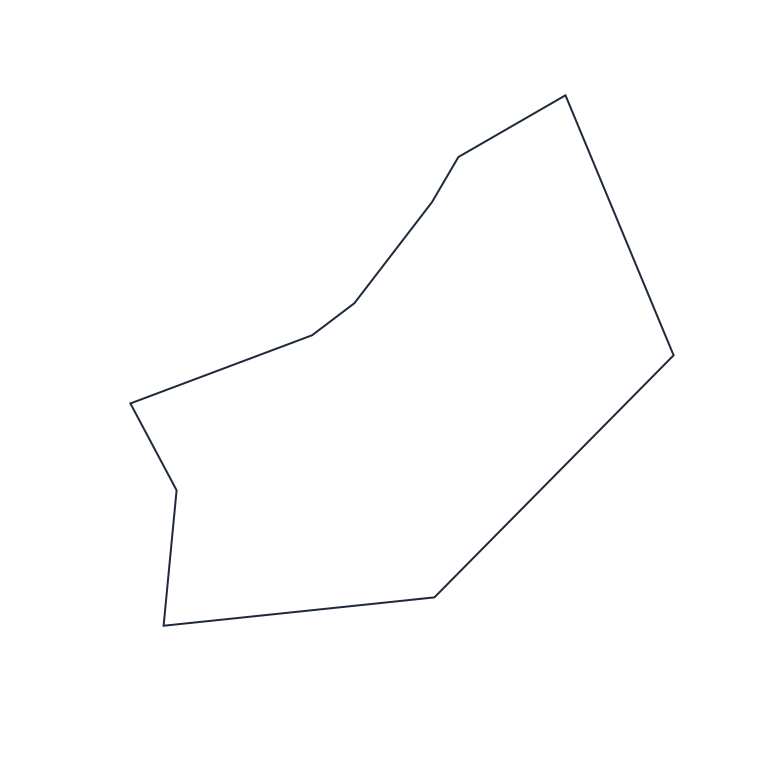 an SVG outline of Kuzma, rotated 162°
{"feature_id": "SVN-197", "entity_name": "Kuzma", "entity_type": "Municipality", "adm_level": 1, "iso_a3": "SVN", "parent_name": "Slovenia", "parent_adm1": "", "projection": "natural_earth1", "projection_center": [16.092, 46.839], "detail": "fine", "context": "isolated", "style": "outline", "palette": "slate", "viewbox_px": 768, "rotation_deg": 162, "n_neighbors": 0, "source": "natural_earth", "source_scale": "10m", "svg_char_len": 297}
<svg xmlns="http://www.w3.org/2000/svg" viewBox="0 0 768 768"><g transform="rotate(162 384 384)"><path d="M402.0,165.5L668.3,222.2L614.1,347.0L631.2,443.9L437.3,452.6L387.2,470.0L282.2,542.1L243.1,576.9L122.2,602.5L99.7,321.8L402.0,165.5Z" fill="none" stroke="#1e293b" stroke-width="2"/></g></svg>